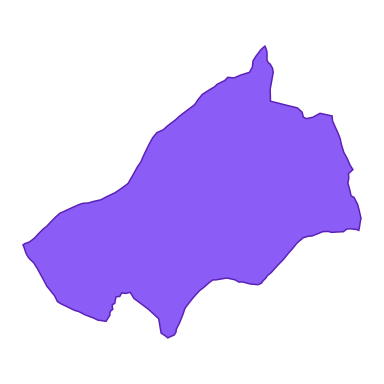 the district of Lau, Taraba, Nigeria
{"feature_id": "59680162B35636298384814", "entity_name": "Lau", "entity_type": "district", "adm_level": 2, "iso_a3": "NGA", "parent_name": "Nigeria", "parent_adm1": "Taraba", "projection": "equal_earth", "projection_center": [11.399, 9.198], "detail": "fine", "context": "isolated", "style": "filled", "palette": "violet", "viewbox_px": 384, "rotation_deg": 0, "n_neighbors": 0, "source": "geoboundaries", "source_scale": "gbopen_adm2", "svg_char_len": 2380}
<svg xmlns="http://www.w3.org/2000/svg" viewBox="0 0 384 384"><path d="M167.8,337.9L170.5,336.6L174.1,335.1L175.8,332.6L176.5,328.8L179.1,323.8L180.7,320.0L183.2,313.7L184.8,308.7L186.5,306.2L192.6,298.4L196.0,294.5L199.5,290.7L203.7,287.5L209.1,282.7L212.7,280.0L216.3,279.8L227.0,278.0L235.2,279.9L238.9,282.1L242.5,281.9L243.9,282.3L249.8,283.9L257.9,284.7L261.4,283.2L263.2,280.7L265.8,278.1L267.5,275.5L271.0,272.8L273.4,270.1L277.9,265.1L283.1,259.8L288.3,253.4L291.8,249.5L297.0,243.1L303.1,237.8L308.4,236.2L312.0,236.0L322.7,231.7L324.5,231.6L328.1,231.4L328.8,231.6L331.7,232.4L337.1,232.0L343.4,231.7L346.9,229.0L350.5,228.8L356.9,229.6L358.8,230.4L359.5,227.0L360.2,222.1L361.0,218.3L358.9,209.2L357.7,204.5L354.1,197.5L351.0,195.7L350.1,191.1L347.9,183.1L348.8,178.2L348.5,173.6L352.9,169.6L349.9,164.8L347.5,159.1L346.7,157.6L343.9,152.6L341.4,144.5L340.2,138.8L338.9,135.2L336.6,130.0L335.1,126.7L333.6,123.3L332.6,121.1L332.1,115.9L327.8,115.0L320.0,113.3L313.0,117.2L306.4,118.6L303.4,117.1L302.1,112.1L297.4,107.9L282.0,104.1L270.5,101.2L270.2,89.2L273.2,72.5L272.6,68.4L270.2,64.1L268.1,62.5L266.9,59.4L267.1,55.4L266.9,51.6L266.0,48.5L264.9,46.1L262.9,47.8L260.3,50.4L255.8,56.4L253.0,60.9L252.4,66.9L249.5,72.3L241.1,74.9L234.0,77.9L227.8,77.3L224.6,80.6L220.9,82.4L217.4,84.1L214.3,87.0L209.9,89.5L202.4,94.3L200.6,96.5L198.1,99.5L196.8,101.5L194.7,104.6L191.2,107.3L182.4,113.9L178.9,116.6L176.3,119.2L171.0,123.2L167.5,125.9L163.2,129.8L156.9,132.6L152.6,137.8L152.1,138.8L149.2,144.1L144.2,154.2L140.9,161.8L137.4,166.9L133.2,174.5L128.1,183.4L122.8,187.4L114.9,192.8L112.1,194.1L106.1,197.0L100.8,199.8L93.6,201.4L88.2,203.0L82.9,203.3L78.4,204.8L75.6,206.1L72.2,207.6L59.8,213.3L55.4,217.2L50.2,222.5L46.7,226.3L43.2,229.0L38.0,234.2L34.5,238.1L29.2,242.1L24.8,243.6L23.0,244.9L24.0,247.3L26.0,253.3L28.0,256.9L29.9,259.2L33.6,262.7L37.4,268.6L39.3,272.2L43.2,279.3L45.1,282.8L47.0,286.4L49.9,289.9L51.7,292.2L54.6,295.8L57.5,301.7L57.8,301.9L61.2,303.9L65.8,306.1L70.3,308.3L74.9,310.5L78.6,311.5L85.0,314.8L90.5,316.9L93.2,317.9L94.9,318.7L97.8,320.1L106.1,321.3L110.0,315.0L109.7,313.5L110.8,310.8L112.8,309.3L112.3,306.8L112.4,304.5L114.7,303.5L115.3,300.3L116.1,296.7L119.7,296.5L121.7,293.0L126.0,293.4L130.2,292.3L134.0,298.5L148.5,309.3L158.7,318.8L161.1,333.1L164.8,335.5L167.8,337.9Z" fill="#8b5cf6" stroke="#5b21b6" stroke-width="1.5"/></svg>